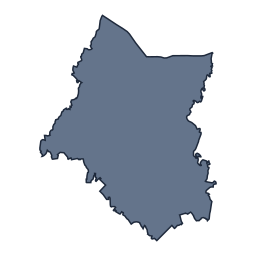 Duong Minh Chau, Tây Ninh, Vietnam
{"feature_id": "81297802B96522155706340", "entity_name": "Duong Minh Chau", "entity_type": "district", "adm_level": 2, "iso_a3": "VNM", "parent_name": "Vietnam", "parent_adm1": "Tây Ninh", "projection": "orthographic", "projection_center": [106.272, 11.33], "detail": "fine", "context": "isolated", "style": "filled", "palette": "slate", "viewbox_px": 256, "rotation_deg": 0, "n_neighbors": 0, "source": "geoboundaries", "source_scale": "gbopen_adm2", "svg_char_len": 5791}
<svg xmlns="http://www.w3.org/2000/svg" viewBox="0 0 256 256"><path d="M212.7,53.1L212.2,52.6L204.2,55.6L201.2,55.9L193.3,55.9L187.5,55.6L172.8,55.7L166.7,57.9L164.1,58.0L160.9,57.0L157.5,56.7L149.3,56.8L146.5,56.7L135.7,43.0L129.5,34.1L127.2,31.6L123.3,28.9L116.3,24.5L102.5,15.4L101.8,16.4L100.2,20.6L99.2,28.7L98.5,29.7L97.8,30.0L96.4,31.4L96.1,33.5L95.2,36.5L94.9,37.0L93.2,38.3L92.4,39.9L91.1,41.8L91.3,44.2L91.1,44.9L90.5,45.4L90.4,45.8L91.0,47.3L92.0,48.7L90.8,49.5L89.0,49.8L88.2,49.6L87.4,48.9L86.8,48.7L84.4,48.4L83.2,52.9L81.8,54.1L81.4,56.2L80.8,56.5L80.9,57.6L81.6,59.0L81.7,60.3L81.2,60.8L77.9,62.4L77.8,63.3L78.4,63.9L78.4,64.4L77.5,65.3L77.3,66.5L76.8,67.1L73.5,66.0L73.0,67.8L72.8,70.1L74.2,73.0L72.8,73.6L72.2,73.5L71.8,74.8L73.3,75.5L75.7,77.9L77.6,80.2L77.7,80.4L77.0,80.5L76.6,80.7L76.8,81.8L77.2,82.5L77.9,82.6L79.1,80.8L81.7,82.6L80.9,82.9L80.6,83.7L80.0,84.4L79.6,85.6L79.5,86.7L78.4,88.2L78.6,90.9L78.4,93.6L77.5,96.8L76.6,98.4L76.1,98.0L74.5,99.4L71.5,100.1L71.4,100.9L71.0,101.3L70.8,102.1L71.2,102.7L71.8,104.9L71.4,104.8L71.2,105.1L71.2,107.2L71.0,107.3L70.0,106.6L69.9,109.4L68.2,108.6L67.9,109.4L66.7,109.4L66.2,108.2L63.6,109.9L63.0,111.3L61.9,111.9L60.8,115.6L59.3,116.7L58.6,117.7L58.3,118.9L55.7,119.8L55.1,121.7L55.0,123.2L53.7,124.6L52.9,126.7L52.9,129.3L52.4,130.0L52.0,129.9L51.0,130.4L49.9,132.0L49.8,132.7L49.9,133.2L49.6,134.4L50.1,135.1L49.2,135.6L47.5,135.9L46.0,135.4L44.5,135.4L45.2,140.3L42.9,139.6L42.5,139.7L41.5,140.3L40.8,141.2L39.9,147.8L39.9,149.6L40.3,150.6L41.1,151.2L41.1,151.5L40.5,152.2L42.5,154.9L42.3,155.9L42.0,156.4L42.6,156.3L44.1,155.4L45.8,153.8L46.6,152.4L47.3,150.2L48.8,151.7L49.8,151.9L50.3,152.3L51.4,154.6L51.8,155.9L51.4,156.8L52.3,159.1L52.6,159.2L57.5,158.5L58.2,155.4L57.5,154.6L60.1,152.4L63.9,152.7L67.6,157.1L67.9,158.9L68.4,158.8L68.7,159.1L69.0,158.7L71.0,157.9L71.1,158.0L71.5,159.7L77.4,158.5L78.9,159.6L79.2,159.1L80.2,159.6L81.0,158.9L83.1,158.9L83.3,159.2L83.7,161.8L84.8,165.0L86.1,166.4L86.3,167.4L87.8,169.1L88.3,169.9L88.4,171.9L88.3,172.3L87.6,172.7L87.0,175.9L86.8,179.2L86.2,179.2L86.3,182.4L86.7,182.6L90.8,182.6L90.9,181.4L91.6,180.2L92.7,179.5L93.1,178.9L93.8,175.8L94.7,174.6L94.6,173.4L95.5,173.5L95.3,176.9L96.4,177.9L95.5,180.3L95.6,181.0L96.1,181.3L96.3,181.1L98.1,179.2L100.1,177.7L100.9,178.6L100.0,179.7L105.6,185.1L99.8,191.2L103.2,194.6L106.6,199.4L108.5,199.4L108.4,197.4L109.6,197.2L110.1,198.3L110.3,204.8L110.6,206.4L111.4,206.9L112.0,206.6L114.7,206.6L115.6,207.4L113.4,210.2L114.0,210.8L114.9,209.7L115.1,209.8L116.2,210.9L115.7,211.6L119.5,213.9L120.3,213.9L121.7,211.8L122.4,212.3L123.2,212.6L123.4,213.0L122.9,213.9L122.9,214.8L124.9,216.0L126.1,217.7L127.3,219.1L128.1,219.5L131.2,224.1L133.7,222.3L134.5,222.1L136.6,221.8L138.9,222.3L139.9,223.0L139.9,223.5L140.5,224.4L141.4,226.4L142.3,227.3L143.1,228.7L144.5,225.5L145.0,225.8L145.6,226.6L145.8,227.4L147.1,229.7L147.4,232.0L147.9,233.4L147.6,234.1L149.5,235.6L152.0,236.1L151.3,238.1L152.1,239.0L154.5,238.4L156.8,240.6L171.9,225.4L174.4,228.4L175.1,228.0L177.4,225.4L178.8,225.3L181.1,224.1L181.5,224.5L182.5,223.3L181.3,221.3L179.9,215.6L179.6,215.0L185.5,213.2L185.8,213.5L187.0,213.6L187.7,214.1L190.6,212.1L191.1,212.5L192.1,213.6L192.9,215.0L193.5,215.5L193.7,216.7L194.3,217.5L194.5,218.4L196.4,220.8L197.4,220.6L198.0,220.7L198.4,220.5L199.0,220.7L200.2,219.5L200.8,219.2L201.3,218.2L202.4,217.7L203.7,217.6L204.4,218.1L205.4,218.3L205.7,218.9L206.3,218.9L206.7,219.4L207.0,219.3L207.4,220.7L209.1,219.0L209.2,218.6L209.7,213.5L210.3,211.1L211.5,203.2L211.9,201.6L210.1,199.4L209.4,196.7L208.2,195.0L209.3,194.2L208.2,193.3L206.1,192.9L205.9,192.3L206.0,191.2L206.4,190.4L209.9,187.4L211.1,187.0L213.2,187.0L213.2,185.6L213.5,184.8L214.2,184.2L216.0,183.9L216.1,183.1L215.7,181.9L214.6,181.1L214.2,181.2L212.9,182.6L212.0,182.8L207.6,182.0L205.7,181.5L205.3,181.2L206.8,179.2L207.1,178.3L207.4,175.5L208.1,173.2L207.9,170.6L209.0,167.9L208.9,167.4L208.1,167.2L207.7,166.8L207.5,165.2L207.8,164.8L209.2,164.6L209.9,164.1L209.8,163.6L209.1,162.7L208.9,161.1L208.5,161.0L208.2,161.3L207.6,162.1L207.2,163.1L206.9,163.3L206.8,161.5L206.3,160.9L203.2,159.9L202.5,160.0L201.1,161.5L200.3,163.1L200.3,163.8L201.3,165.2L201.3,165.4L200.8,165.6L199.9,165.4L198.6,164.2L197.7,163.1L197.6,162.4L198.1,160.6L198.2,159.3L197.8,157.4L197.9,156.9L198.2,156.4L198.6,156.4L200.8,156.9L200.9,156.5L200.2,155.4L198.9,154.1L197.4,153.3L196.8,153.4L196.3,153.7L195.8,154.2L195.6,154.8L195.9,155.6L196.7,156.8L197.3,158.1L197.0,158.2L195.7,158.0L195.5,157.7L195.4,157.0L194.1,156.2L193.5,155.4L193.5,151.8L193.7,151.2L195.2,149.7L195.9,148.4L198.5,141.6L198.7,140.3L201.0,134.2L201.1,132.8L200.8,132.3L199.8,132.3L199.4,132.1L199.5,131.1L200.1,130.1L200.1,129.1L199.9,128.6L199.1,128.5L198.0,129.0L197.1,129.1L195.5,125.6L191.7,122.5L189.1,121.3L188.1,120.6L186.9,118.7L186.6,117.1L186.8,116.4L187.4,115.6L189.5,114.6L189.8,113.4L190.9,112.1L190.7,111.3L189.9,110.0L189.8,109.1L190.2,108.4L192.0,107.0L192.5,104.7L193.9,103.8L194.2,102.2L193.3,101.5L193.3,100.6L193.8,100.4L194.6,100.6L195.9,101.3L196.9,102.4L197.5,102.6L198.2,102.4L199.6,101.4L200.7,101.9L201.4,101.0L202.8,96.5L202.7,96.3L202.3,96.3L201.4,98.1L201.0,98.1L200.8,97.0L201.7,94.4L201.6,93.6L200.9,91.8L201.0,90.4L201.9,88.7L202.4,88.2L202.8,88.5L202.9,89.8L203.5,90.8L203.9,90.9L204.5,90.7L205.0,90.0L204.9,88.9L203.9,87.6L204.4,85.5L203.9,84.4L204.1,83.2L203.6,81.6L205.2,80.2L206.3,78.9L206.8,75.7L207.3,74.9L208.0,75.0L209.2,76.7L209.9,76.8L210.2,76.2L209.9,75.7L210.0,74.5L209.7,73.9L209.8,73.4L211.6,73.3L211.9,73.0L211.3,71.9L211.9,70.6L211.3,69.4L212.1,67.3L212.0,67.0L211.2,66.8L210.9,66.3L211.2,66.0L212.5,65.9L212.1,64.5L212.5,63.7L211.3,62.8L211.4,61.4L211.1,58.8L211.9,54.5L212.2,53.5L212.7,53.1Z" fill="#64748b" stroke="#1e293b" stroke-width="1.5"/></svg>